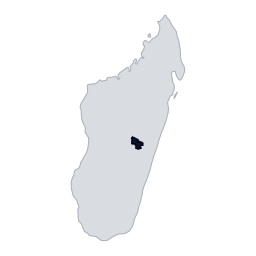 Antanifotsy, Vakinankaratra, Madagascar (highlighted)
{"feature_id": "10022922B69082959012584", "entity_name": "Antanifotsy", "entity_type": "district", "adm_level": 2, "iso_a3": "MDG", "parent_name": "Madagascar", "parent_adm1": "Vakinankaratra", "projection": "orthographic", "projection_center": [47.552, -19.75], "detail": "fine", "context": "in_parent", "style": "filled", "palette": "ink", "viewbox_px": 256, "rotation_deg": 0, "n_neighbors": 0, "source": "geoboundaries", "source_scale": "gbopen_adm2", "svg_char_len": 5792}
<svg xmlns="http://www.w3.org/2000/svg" viewBox="0 0 256 256"><path d="M170.0,21.3L170.8,23.0L171.6,24.7L174.3,28.8L175.5,30.3L176.5,32.0L176.9,35.3L178.6,40.4L180.1,48.1L180.5,56.0L181.0,59.7L182.2,63.1L184.2,66.7L184.8,70.6L183.5,74.7L181.7,78.5L181.2,79.2L180.3,80.2L179.9,80.1L178.5,79.1L177.3,77.5L175.8,73.6L175.3,71.7L174.7,71.4L172.9,71.5L171.6,72.7L171.4,73.5L171.6,75.6L172.1,77.6L172.3,79.5L172.3,82.0L172.8,82.7L173.5,83.4L174.2,85.0L174.3,88.9L173.8,90.8L172.5,92.4L172.6,93.4L173.1,94.3L172.6,94.9L171.0,95.6L170.3,96.2L169.4,97.9L167.9,101.4L167.7,103.1L168.5,108.6L168.2,112.4L166.3,119.7L165.3,123.1L163.7,127.3L161.4,132.7L159.1,139.6L157.2,146.7L155.7,150.9L154.1,155.1L151.9,162.5L150.0,170.0L147.3,178.2L143.5,187.4L143.1,188.6L142.3,193.3L141.5,197.4L140.5,201.4L138.4,208.1L138.1,210.2L137.7,212.1L135.7,216.3L134.9,217.9L134.3,219.5L133.9,221.6L133.3,223.6L131.9,227.4L129.7,230.6L128.3,231.7L125.1,233.4L123.5,233.8L119.9,233.8L116.5,234.8L112.9,236.7L109.5,238.9L108.2,239.9L106.7,240.5L102.2,240.6L100.8,240.2L96.2,236.8L94.4,236.3L91.0,235.8L90.0,235.6L89.1,235.1L87.7,233.3L85.0,231.8L84.3,231.4L83.9,230.3L83.5,229.2L82.8,227.9L82.2,225.5L81.3,223.8L78.7,220.9L78.4,219.9L78.1,216.7L78.2,214.6L77.8,210.6L78.0,208.7L78.9,207.0L78.5,205.2L77.5,203.3L77.1,201.4L76.3,199.6L73.6,196.4L72.9,194.8L72.5,193.2L71.3,188.1L71.2,186.3L71.2,182.5L71.5,180.5L72.1,179.1L72.3,178.1L72.6,177.2L73.3,176.5L73.7,175.7L74.5,170.8L75.8,169.7L77.6,169.0L79.1,167.7L79.9,166.0L80.7,162.5L83.0,158.9L83.8,157.0L85.7,154.2L87.3,150.3L87.8,148.4L88.1,146.5L88.5,142.4L88.8,140.3L88.6,138.3L87.6,136.2L85.2,132.4L85.1,131.7L85.3,128.9L85.0,126.8L84.1,124.8L83.0,122.9L81.8,119.3L81.2,113.4L81.3,111.2L80.9,109.3L80.1,107.5L80.6,104.3L87.4,92.7L87.7,91.3L87.3,87.8L87.4,85.8L87.7,85.0L88.2,84.6L89.4,84.3L95.1,83.7L95.9,83.4L97.3,82.4L99.2,80.5L100.1,79.9L100.9,80.1L101.4,80.9L102.1,81.3L104.4,80.4L105.3,80.4L106.2,80.5L106.6,79.8L106.8,78.7L107.2,78.0L107.8,77.5L110.8,77.3L112.7,77.0L115.1,76.2L115.7,76.3L117.7,79.0L118.3,79.2L119.0,79.3L119.7,78.8L118.1,77.4L117.9,76.7L117.9,75.8L118.8,73.9L120.2,72.4L123.4,70.2L126.8,67.6L127.7,67.5L128.6,67.9L129.2,70.9L129.1,71.4L129.7,71.4L130.3,71.0L130.8,69.8L130.9,68.8L130.4,67.9L130.2,67.1L130.2,66.3L131.9,64.5L133.2,62.8L133.8,60.8L134.4,59.9L135.8,58.9L136.2,59.0L136.5,59.9L136.7,60.8L136.3,61.7L135.8,62.5L135.6,63.7L136.4,64.0L137.1,63.7L138.2,61.5L139.5,59.5L140.2,58.5L141.2,57.7L142.7,57.9L144.3,58.3L141.8,56.2L141.2,53.3L144.1,48.3L144.2,47.2L144.6,46.9L144.8,46.5L143.3,44.8L143.0,43.9L143.2,42.7L143.9,41.5L144.6,40.7L145.5,40.4L146.3,40.9L147.9,42.3L149.0,42.5L150.4,41.2L151.5,39.5L153.1,38.3L155.0,37.6L157.9,35.0L159.7,29.5L159.9,27.9L159.5,26.0L158.8,24.1L157.8,21.8L158.0,21.3L159.6,21.6L160.1,21.3L161.8,19.3L164.7,15.4L165.6,15.4L166.4,16.1L166.7,17.2L167.2,18.0L169.1,19.9L170.0,21.3ZM150.5,36.6L150.5,37.2L148.3,36.9L148.0,34.8L149.0,34.8L149.3,33.9L149.9,33.8L150.6,35.7L150.5,36.6ZM175.7,95.8L173.9,98.9L174.4,96.3L176.6,92.7L177.2,92.4L175.7,95.8Z" fill="#d9dde1" stroke="#a8b0b8" stroke-width="1"/><path d="M132.4,137.4L132.3,137.5L132.2,137.7L132.0,137.8L131.9,137.8L131.7,137.9L131.6,138.0L131.6,138.3L131.9,138.5L131.9,138.9L132.0,138.9L132.1,139.0L132.2,139.3L132.1,139.5L132.1,139.9L132.0,140.0L132.0,140.3L132.0,140.5L132.1,140.9L131.9,140.9L131.9,141.1L131.9,141.4L132.0,141.5L131.9,141.8L131.9,142.0L132.0,142.2L131.9,142.3L131.9,142.5L131.9,142.8L131.8,143.0L131.8,143.4L131.8,143.6L132.1,143.7L132.3,143.8L132.5,143.8L132.8,143.9L133.0,143.7L133.4,143.8L133.5,143.7L134.1,143.8L134.3,143.7L134.3,143.8L134.5,143.7L134.7,143.8L134.8,143.9L135.0,144.1L135.3,144.4L135.3,144.5L135.3,144.9L135.5,144.9L135.5,145.1L135.6,145.3L135.8,145.5L136.0,145.5L135.9,145.6L135.8,145.9L135.9,146.0L136.0,146.1L136.3,146.1L136.4,146.3L136.5,146.3L136.4,146.4L136.3,146.5L136.5,146.7L136.6,146.8L136.4,147.0L136.2,147.0L136.0,147.3L136.3,147.4L136.2,147.5L136.3,147.7L136.2,147.8L136.1,148.0L136.3,148.0L136.5,148.1L136.8,148.1L136.7,148.3L136.8,148.3L136.8,148.5L137.0,148.6L137.0,148.4L137.3,148.3L137.5,148.3L137.5,148.2L138.1,148.6L138.4,148.6L138.5,148.7L138.6,149.0L138.8,149.0L139.0,148.8L139.3,148.7L139.5,148.5L139.9,148.5L140.0,148.4L140.0,148.2L140.3,148.2L140.5,148.3L140.8,148.2L140.7,148.1L140.8,148.1L140.9,147.9L140.8,147.7L140.7,147.6L140.5,147.4L140.4,147.3L140.4,147.2L140.3,146.9L140.3,147.0L140.2,146.9L140.1,146.7L139.9,146.6L140.0,146.5L139.9,146.5L139.9,146.4L140.3,146.3L140.6,146.2L140.9,145.8L140.9,145.7L141.0,145.5L141.0,145.4L140.9,145.2L141.1,145.1L141.3,144.7L141.5,144.6L141.8,144.8L142.0,144.9L142.2,145.0L142.3,145.2L142.5,145.2L142.6,145.3L142.8,145.3L142.9,145.2L142.9,144.9L142.9,144.7L142.7,144.5L142.7,144.4L142.4,144.3L142.5,144.2L142.5,143.8L142.5,143.5L142.8,143.4L142.9,143.2L142.7,143.0L142.5,142.9L142.2,142.8L142.1,142.7L141.9,142.7L141.7,142.8L141.5,142.7L141.4,142.6L141.4,142.4L141.2,142.5L140.9,142.5L140.7,142.6L140.4,142.4L140.3,142.1L140.2,142.2L140.1,142.3L140.0,142.2L140.0,142.3L139.9,142.4L139.7,142.4L139.3,142.2L139.1,142.3L138.9,142.3L138.6,142.3L138.2,142.2L138.0,141.8L137.8,141.8L137.7,141.8L137.4,141.7L137.4,141.4L137.6,141.3L137.8,141.1L138.0,140.9L138.2,140.7L138.3,140.7L138.2,140.5L138.2,140.4L138.0,140.1L138.0,139.9L137.9,139.9L137.7,139.8L137.7,139.7L137.4,139.6L137.3,139.3L137.2,139.3L136.8,139.3L136.7,139.4L136.6,139.2L136.4,139.2L136.3,139.3L136.2,139.3L136.0,139.2L136.0,138.9L135.9,138.9L135.9,139.0L135.7,139.1L135.5,138.9L135.6,138.7L135.4,138.3L135.2,138.1L135.3,138.1L135.1,138.1L134.9,138.1L134.7,138.1L134.4,137.9L134.3,138.0L134.3,137.9L134.2,137.9L134.0,137.7L133.9,137.6L133.6,137.4L133.3,137.4L133.1,137.4L132.9,137.4L132.8,137.5L132.7,137.4L132.7,137.5L132.4,137.4Z" fill="#0f172a" stroke="#020617" stroke-width="1.5"/></svg>